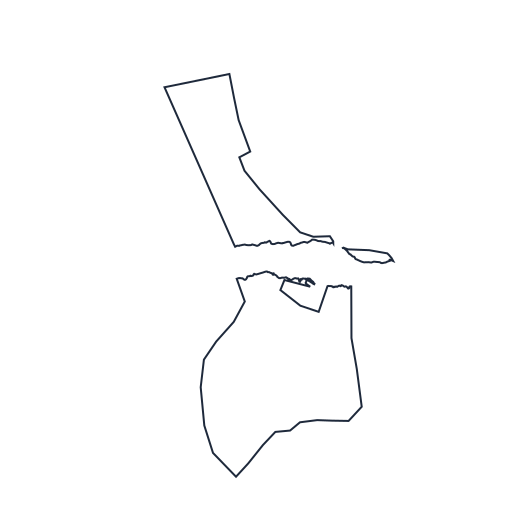 Zemam Out, Al Bahr al Ahmar, Egypt, rotated 65°
{"feature_id": "37247803B53216268294562", "entity_name": "Zemam Out", "entity_type": "district", "adm_level": 2, "iso_a3": "EGY", "parent_name": "Egypt", "parent_adm1": "Al Bahr al Ahmar", "projection": "orthographic", "projection_center": [31.011, 28.84], "detail": "fine", "context": "isolated", "style": "outline", "palette": "slate", "viewbox_px": 512, "rotation_deg": 65, "n_neighbors": 0, "source": "geoboundaries", "source_scale": "gbopen_adm2", "svg_char_len": 5937}
<svg xmlns="http://www.w3.org/2000/svg" viewBox="0 0 512 512"><g transform="rotate(65 256 256)"><path d="M268.5,283.1L292.5,285.4L306.3,304.0L316.7,328.2L327.9,347.0L351.6,361.6L387.8,374.5L416.3,378.2L447.6,367.4L440.7,350.7L430.2,329.5L423.6,312.8L428.6,298.9L425.3,286.4L430.6,269.9L437.4,256.6L444.6,241.8L437.3,223.9L401.0,212.4L370.8,204.2L323.8,182.5L323.5,182.9L323.4,183.5L323.2,184.0L323.6,184.7L323.7,184.8L323.9,184.9L324.4,185.1L324.6,185.5L324.6,185.9L324.5,186.1L324.2,186.4L323.9,186.4L322.7,186.7L322.2,186.9L321.8,187.1L321.7,187.3L321.4,187.6L321.4,187.8L321.3,188.5L321.1,188.9L320.8,189.1L319.8,189.6L318.6,190.7L318.6,190.9L318.6,191.3L318.8,191.6L319.1,191.8L319.1,192.0L319.0,192.3L318.5,192.5L318.1,193.0L318.0,193.4L318.2,195.6L318.0,195.8L317.8,195.8L317.4,196.4L317.4,197.8L316.9,198.1L316.9,198.5L316.9,198.8L317.0,198.9L317.0,199.2L316.9,199.3L316.2,199.4L316.0,199.6L315.9,199.9L315.4,200.1L315.3,200.3L315.0,200.7L314.7,201.2L314.2,202.3L313.8,202.9L313.6,203.5L313.6,204.0L333.1,222.8L319.8,236.8L297.2,248.3L289.8,240.4L306.7,219.9L305.5,220.5L304.9,220.9L302.3,222.3L301.4,222.4L300.5,221.4L300.3,221.1L299.9,220.8L299.7,220.4L299.6,220.0L299.6,219.6L299.9,219.2L300.8,218.7L301.3,218.3L301.7,218.1L302.5,217.5L303.0,217.3L303.4,216.9L305.5,215.8L306.2,215.2L305.8,214.7L304.8,215.1L304.8,215.3L304.5,215.5L304.2,215.4L303.8,215.1L303.7,215.1L301.5,216.2L301.5,216.3L300.6,216.4L300.2,216.7L299.5,216.8L299.3,216.9L299.3,217.3L299.1,217.6L298.8,217.7L298.7,217.8L298.7,218.1L298.2,218.7L298.1,219.0L298.2,219.6L298.6,220.0L298.6,220.3L298.5,220.6L298.4,220.7L298.1,220.7L297.8,220.6L297.5,220.7L297.0,221.8L296.4,222.6L296.1,223.4L296.1,223.8L296.3,224.0L296.7,224.4L296.8,224.7L296.7,224.9L296.4,225.1L296.0,225.1L295.8,225.3L295.8,225.5L296.0,225.8L296.5,225.8L297.0,225.9L297.4,226.4L297.8,226.7L298.0,227.0L297.8,227.3L297.5,227.5L297.1,227.4L296.8,227.4L295.4,227.2L294.5,227.2L294.1,227.3L294.0,227.8L293.7,228.4L293.6,228.7L292.9,229.3L292.8,229.7L292.5,230.2L292.4,231.9L292.5,232.2L292.7,232.8L292.7,233.7L292.6,234.1L292.7,234.7L292.7,235.1L292.6,235.6L292.4,235.7L292.1,235.9L291.6,235.5L291.4,235.3L291.1,235.4L290.9,235.5L290.8,236.1L290.6,236.5L290.3,236.6L289.6,236.6L289.2,236.9L288.9,237.3L288.5,237.4L288.2,237.6L288.2,237.8L287.9,238.1L287.8,238.4L287.8,238.9L287.8,239.2L287.4,240.1L287.2,240.3L286.9,241.0L286.7,241.3L286.5,241.9L286.4,243.2L286.2,243.7L285.7,244.5L284.4,245.2L283.9,245.5L283.4,245.5L282.8,245.6L281.8,246.1L280.1,247.4L279.2,247.4L279.2,247.7L280.0,247.8L280.3,248.0L280.3,248.4L280.1,248.6L279.6,248.8L278.8,248.6L278.3,248.9L277.4,250.0L276.2,250.9L275.6,252.1L275.0,252.3L274.4,253.2L274.1,254.7L273.9,256.8L273.6,258.6L273.2,261.5L273.0,262.6L272.9,263.4L271.8,264.9L271.4,265.2L271.6,265.8L272.0,266.1L272.3,266.6L272.5,267.2L272.3,267.6L272.4,267.8L272.2,268.8L272.0,269.2L271.8,269.5L271.5,269.6L271.6,270.2L271.5,270.6L271.0,271.8L271.0,272.3L271.3,272.9L272.1,273.6L272.9,274.9L273.0,275.8L272.8,276.3L272.5,276.6L271.9,277.0L270.8,277.5L270.3,278.0L270.2,278.4L269.1,280.0L269.0,280.6L268.7,281.1L268.5,283.1ZM277.1,180.6L275.3,179.8L269.3,180.7L262.8,195.9L253.2,206.0L229.8,214.4L197.1,224.6L173.9,230.4L159.5,229.4L158.9,217.1L125.5,214.3L103.1,209.0L79.8,203.2L64.4,267.6L235.7,271.1L238.8,271.0L238.7,268.9L238.8,268.5L239.6,267.1L239.7,266.6L239.6,266.3L239.7,265.9L240.0,264.8L240.2,263.7L240.3,263.2L240.6,262.4L240.7,262.0L240.9,261.3L241.9,260.2L242.8,258.7L243.0,258.3L243.2,257.9L243.3,257.5L243.6,257.1L243.9,256.2L244.0,255.7L244.0,255.0L243.9,254.6L245.9,252.2L247.1,251.0L247.3,250.6L247.3,250.1L247.4,249.6L247.3,248.5L247.1,248.2L246.6,246.5L246.8,244.8L247.0,244.4L247.3,243.5L247.4,242.8L247.3,242.4L247.3,242.1L247.8,241.7L248.1,241.3L248.2,240.6L248.0,240.0L248.0,238.0L247.9,237.5L248.2,237.2L249.5,236.9L250.5,237.0L251.1,237.0L251.6,236.6L252.1,236.1L252.4,235.5L252.9,234.3L253.0,233.7L253.0,232.6L253.3,230.6L253.5,230.1L254.0,229.5L254.3,229.0L255.0,228.0L255.6,226.9L255.7,226.3L255.6,226.1L255.9,225.5L256.0,224.4L256.4,221.9L256.5,221.4L257.1,220.0L257.4,219.7L258.2,219.2L259.6,219.2L259.9,219.3L260.6,219.4L260.9,219.4L261.1,219.3L261.4,219.2L261.8,219.0L262.0,218.6L262.4,218.1L262.5,217.8L262.5,216.6L262.6,215.7L262.6,214.8L262.7,214.6L262.7,214.1L262.6,213.8L262.7,213.5L262.7,213.2L263.0,212.1L263.0,211.7L263.1,211.4L263.1,211.0L263.0,210.6L262.9,210.3L262.9,210.1L263.2,208.8L263.3,208.0L263.4,207.0L263.6,206.6L263.7,206.2L264.1,205.7L265.0,204.6L265.7,203.9L265.7,203.7L265.5,202.7L265.5,201.3L265.2,199.2L264.9,198.4L265.0,197.9L265.2,197.6L265.7,196.6L266.5,195.4L267.7,194.2L268.4,193.7L268.8,193.1L269.2,192.5L269.6,191.5L269.7,191.3L270.3,190.6L270.9,190.0L271.4,189.3L272.3,187.7L272.7,187.2L273.3,186.6L275.1,184.6L275.4,184.2L276.1,183.8L276.0,183.3L276.0,182.3L276.1,180.9L276.2,180.7L277.1,180.6ZM318.5,133.8L315.2,134.0L311.5,135.0L309.1,135.9L298.6,150.9L288.8,169.9L286.9,171.8L285.4,173.2L285.4,173.9L285.5,173.9L285.7,173.4L285.9,173.3L286.4,172.8L287.0,172.5L287.5,172.3L288.1,172.0L289.0,171.7L290.3,171.2L290.6,171.2L291.1,171.1L291.4,171.1L291.9,170.9L292.3,170.8L293.0,170.8L293.3,170.7L293.8,170.4L293.9,170.2L294.2,170.1L294.5,169.7L294.8,169.5L295.2,169.5L295.5,169.4L295.8,169.2L296.6,168.9L296.9,168.8L297.4,168.4L297.9,167.8L298.2,167.3L298.5,167.2L299.1,167.1L299.7,167.1L300.2,167.2L300.8,167.0L301.0,166.9L302.3,165.6L302.8,165.3L303.4,164.7L304.2,164.1L306.0,162.4L307.1,161.2L307.6,160.4L307.8,159.9L308.0,159.2L308.7,157.8L308.9,157.2L309.3,156.4L310.2,155.0L310.5,154.5L310.7,154.1L310.7,153.6L310.8,153.1L310.8,152.3L311.0,151.5L311.5,150.6L312.6,148.8L312.9,148.2L313.3,147.5L313.9,146.5L314.4,146.1L315.1,145.7L315.2,145.4L315.7,144.9L316.1,143.4L316.2,142.8L316.7,141.1L316.6,139.3L316.8,137.9L316.9,136.8L316.6,136.8L316.3,136.8L316.1,136.6L315.9,136.5L316.0,136.1L316.2,135.9L317.0,135.1L317.5,134.7L318.5,133.8Z" fill="none" stroke="#1e293b" stroke-width="2"/></g></svg>